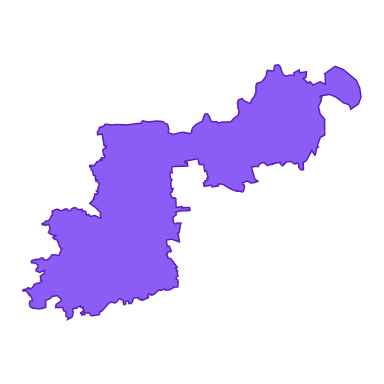 outline of Hama, Hamah, Syria
{"feature_id": "27442178B84195179221003", "entity_name": "Hama", "entity_type": "district", "adm_level": 2, "iso_a3": "SYR", "parent_name": "Syria", "parent_adm1": "Hamah", "projection": "orthographic", "projection_center": [36.877, 35.227], "detail": "fine", "context": "isolated", "style": "filled", "palette": "violet", "viewbox_px": 384, "rotation_deg": 0, "n_neighbors": 0, "source": "geoboundaries", "source_scale": "gbopen_adm2", "svg_char_len": 5888}
<svg xmlns="http://www.w3.org/2000/svg" viewBox="0 0 384 384"><path d="M267.6,70.3L266.6,71.7L266.4,75.4L264.3,78.7L262.2,81.3L259.5,82.8L257.2,83.0L256.6,83.7L255.9,86.2L256.0,91.9L254.3,96.4L252.2,99.0L250.3,103.6L243.7,100.6L242.2,98.6L238.3,99.9L237.4,103.7L238.0,105.5L237.8,108.1L239.0,110.1L238.4,115.0L233.6,118.6L230.7,121.9L222.2,122.1L217.9,122.8L217.2,122.6L216.7,121.6L213.5,121.9L211.3,121.4L208.9,115.7L207.5,114.0L206.1,113.8L204.9,114.1L204.4,115.1L202.4,121.1L195.8,124.6L192.6,127.9L191.7,130.3L191.6,132.5L189.8,133.6L184.1,132.3L180.1,132.6L173.5,134.4L168.2,132.8L168.8,129.6L167.9,125.2L167.2,124.1L165.1,123.5L162.8,121.5L155.9,121.0L148.3,122.0L142.6,120.8L140.7,123.2L127.0,124.9L117.0,124.5L111.6,124.9L105.2,124.1L103.6,126.2L99.4,127.5L99.0,129.7L97.4,131.8L97.6,134.8L102.2,134.1L104.0,145.4L104.9,145.2L105.2,146.5L106.3,146.4L105.6,147.9L104.0,148.6L102.7,150.3L103.8,155.3L104.9,155.5L105.1,156.2L104.3,158.0L101.6,157.6L100.9,158.7L101.1,159.7L102.1,159.7L102.2,160.5L100.0,159.9L98.5,161.5L96.5,162.0L96.2,163.3L95.0,164.2L94.2,166.0L92.9,165.3L89.7,165.4L89.6,166.7L91.0,167.0L91.1,169.7L92.6,171.0L93.4,175.3L95.8,176.0L95.2,177.7L95.8,180.8L97.2,179.9L97.1,181.6L99.6,183.5L97.8,188.3L98.0,190.5L96.4,190.9L98.0,192.7L97.3,193.0L97.3,194.2L94.9,193.9L94.5,196.9L93.6,197.7L93.9,199.5L92.4,200.2L92.2,201.5L90.6,202.2L89.7,203.4L95.5,207.5L100.8,212.8L100.1,214.2L101.1,217.8L99.6,217.8L94.5,215.4L91.2,216.4L89.6,216.1L89.5,215.2L88.5,214.4L86.5,215.1L86.0,212.1L84.9,211.1L82.4,211.2L82.3,209.3L77.5,209.6L76.5,208.2L74.6,207.6L72.0,208.4L70.6,210.5L69.4,210.7L68.3,210.7L67.5,209.3L65.6,208.8L65.4,209.6L64.7,209.3L61.6,210.6L59.9,210.7L58.5,209.4L56.3,209.3L52.2,211.1L52.5,215.1L51.3,216.0L49.6,219.9L48.4,220.3L48.0,221.1L45.8,221.0L44.1,222.9L42.0,223.7L42.0,224.5L43.7,225.0L46.6,225.1L48.7,224.2L49.8,227.1L49.6,230.2L48.4,232.3L50.1,234.1L55.6,235.6L55.9,236.2L53.2,236.8L52.9,237.6L54.8,239.5L56.1,239.5L57.5,240.6L59.3,245.9L60.7,248.1L61.8,248.4L58.8,255.6L55.0,254.8L51.9,254.9L51.2,255.3L50.9,257.0L46.8,260.1L43.8,259.7L43.3,258.3L41.5,257.9L38.5,259.5L35.9,259.3L31.7,260.6L31.2,261.7L31.8,262.9L34.9,263.0L38.0,264.9L37.6,267.7L36.4,268.8L36.0,270.8L39.7,272.5L44.6,270.3L44.2,274.2L42.8,274.2L40.2,276.2L40.8,278.6L40.5,280.5L41.6,280.7L41.4,282.4L35.6,283.7L33.9,284.8L33.5,286.3L31.0,288.7L29.6,289.0L28.9,287.7L27.5,287.9L27.1,288.9L23.1,289.7L23.0,291.0L25.6,290.7L29.0,294.0L28.5,294.1L29.6,295.6L30.9,296.0L31.4,297.3L32.6,300.5L29.7,301.3L29.8,303.4L29.4,303.7L30.0,306.5L32.3,308.1L39.2,308.9L43.0,308.3L45.9,307.1L45.5,304.9L45.9,304.0L45.3,301.3L46.3,300.3L49.9,298.5L51.9,297.0L52.0,296.4L57.5,295.7L59.2,297.4L60.4,297.8L61.2,300.9L56.2,304.3L55.6,307.5L62.6,307.5L63.7,310.8L66.1,312.0L66.0,316.4L67.3,316.8L68.3,318.2L67.7,319.3L71.2,317.7L72.5,316.1L73.3,312.0L72.6,310.1L72.7,308.9L76.8,308.2L76.8,307.5L80.2,306.1L80.5,307.2L82.5,307.1L82.5,308.1L83.2,308.0L83.2,310.0L83.9,309.9L84.0,311.8L81.7,312.0L81.7,312.6L80.6,312.8L80.6,313.5L81.6,313.7L82.0,315.1L82.7,314.5L84.7,314.7L84.6,313.2L89.4,312.9L90.6,315.3L91.8,315.8L98.2,314.9L99.5,314.4L99.9,311.7L102.0,311.0L108.7,303.3L111.3,302.0L115.1,303.0L117.3,301.3L118.8,299.0L119.9,298.9L123.3,300.4L123.2,302.8L123.8,304.6L125.7,304.1L125.8,301.5L126.9,301.0L128.6,301.4L128.9,303.6L131.0,303.5L132.2,302.3L133.3,298.8L134.7,297.7L138.1,297.8L139.2,299.4L141.5,299.2L141.4,300.2L142.7,300.2L148.5,297.6L147.8,294.9L148.1,294.4L149.0,294.0L150.7,295.2L151.5,294.2L152.2,295.0L153.6,294.6L159.2,289.8L160.7,290.5L164.7,288.9L165.5,290.2L170.0,289.7L174.5,287.0L177.7,287.0L178.2,282.3L177.8,280.2L176.3,278.9L176.2,277.9L176.3,276.8L178.0,276.1L177.2,272.3L177.7,271.1L176.6,270.9L176.7,269.8L175.5,267.8L177.3,267.4L171.0,258.8L167.6,257.9L167.8,256.6L166.3,254.8L167.3,254.2L167.5,252.1L170.6,251.8L171.4,251.0L169.0,245.9L167.2,246.3L166.5,240.6L167.1,239.8L171.7,239.2L179.4,241.9L178.3,234.8L177.4,233.2L179.1,232.7L179.4,231.7L179.4,229.1L180.2,228.2L180.0,225.9L181.0,223.2L177.6,222.9L175.5,223.9L173.8,223.2L172.9,217.4L176.4,214.6L176.0,212.0L179.6,211.0L189.9,210.5L190.0,209.6L189.5,207.5L184.0,207.6L182.3,208.2L182.1,206.7L176.8,207.3L176.1,206.8L175.8,198.5L174.8,197.7L172.0,197.8L170.4,193.6L171.3,192.1L171.9,192.1L173.2,188.6L171.4,188.7L170.6,182.8L172.0,179.6L170.5,178.1L169.9,174.5L170.4,172.5L172.3,172.8L171.6,170.2L172.3,166.6L187.8,166.0L187.3,162.7L185.0,162.7L184.8,161.3L197.4,158.8L198.3,159.4L198.8,163.6L199.6,164.6L203.6,164.5L204.7,171.3L206.3,171.0L208.2,178.1L206.9,178.2L206.9,180.5L205.0,181.0L205.0,182.5L203.5,182.7L204.1,186.3L211.0,185.3L211.6,185.3L212.1,186.9L218.4,185.9L218.2,184.3L220.9,183.9L223.8,184.8L229.7,188.5L236.9,191.4L239.1,191.1L242.7,192.0L243.7,190.6L244.6,186.4L244.0,184.9L242.8,184.2L242.6,183.3L243.3,182.6L244.9,182.2L246.0,181.1L248.9,181.7L250.7,183.0L254.1,182.7L257.9,181.3L254.8,178.9L251.4,167.0L256.6,166.3L257.8,166.8L258.7,166.1L258.7,164.9L262.5,162.4L265.2,163.6L267.6,165.7L268.9,164.8L272.9,164.3L272.7,163.7L280.0,162.3L280.1,163.5L282.6,165.8L283.9,164.8L283.7,164.0L284.8,163.7L286.6,161.7L291.2,161.6L294.4,164.0L297.7,163.1L298.7,165.0L298.8,167.3L300.7,169.7L303.5,169.8L303.2,162.5L306.3,160.7L311.9,150.4L314.6,155.0L315.2,155.0L316.9,147.5L318.4,147.0L317.6,146.4L317.8,144.2L320.4,137.3L324.7,135.1L324.6,119.1L320.1,114.0L318.5,106.2L320.6,102.2L321.8,97.1L320.2,97.0L320.4,95.9L329.8,94.4L336.2,97.2L343.5,102.9L348.6,104.5L350.1,106.5L350.7,109.3L358.5,103.9L361.0,96.9L359.8,88.2L356.3,80.3L343.1,69.4L335.1,66.4L324.6,73.8L325.2,75.5L325.4,84.4L320.0,81.8L313.2,85.0L309.9,81.6L307.5,83.2L306.8,81.6L303.2,78.6L306.0,77.3L306.5,71.8L300.0,72.7L299.0,71.8L299.4,71.3L299.1,69.9L294.0,72.8L293.7,75.3L289.3,75.2L286.7,76.1L283.5,75.1L282.1,72.3L280.4,67.0L278.4,64.7L274.6,65.5L273.9,70.4L272.7,71.0L267.6,70.3Z" fill="#8b5cf6" stroke="#5b21b6" stroke-width="1.5"/></svg>